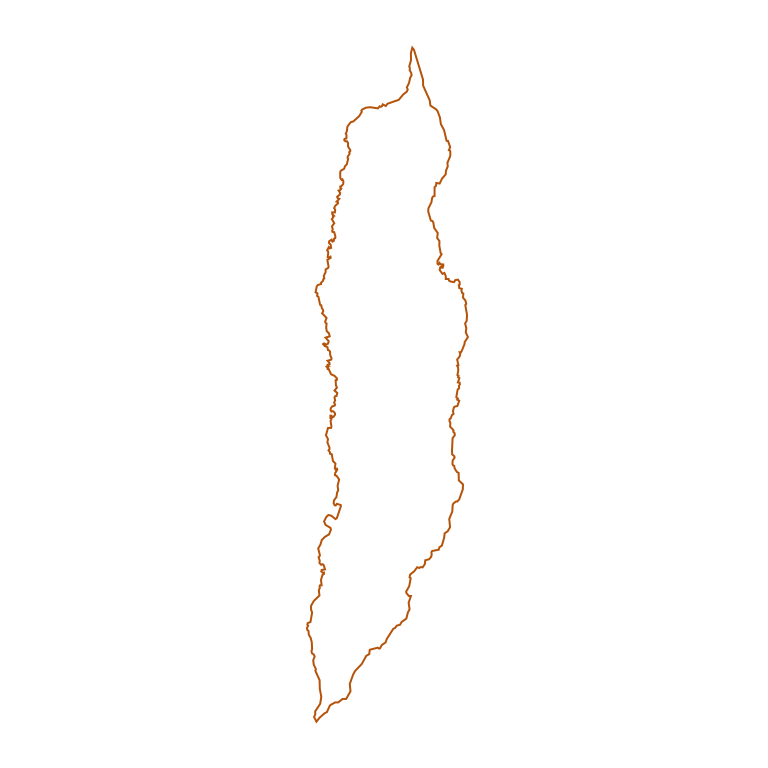 the district of Campos de Júlio, Mato Grosso, Brazil, rotated 178°
{"feature_id": "56859067B17254168333074", "entity_name": "Campos de Júlio", "entity_type": "district", "adm_level": 2, "iso_a3": "BRA", "parent_name": "Brazil", "parent_adm1": "Mato Grosso", "projection": "robinson", "projection_center": [-59.168, -13.576], "detail": "fine", "context": "isolated", "style": "outline", "palette": "amber", "viewbox_px": 768, "rotation_deg": 178, "n_neighbors": 0, "source": "geoboundaries", "source_scale": "gbopen_adm2", "svg_char_len": 6132}
<svg xmlns="http://www.w3.org/2000/svg" viewBox="0 0 768 768"><g transform="rotate(178 384 384)"><path d="M428.5,537.5L427.4,533.2L427.7,531.4L428.8,531.0L429.3,528.6L430.6,528.1L431.3,530.1L433.8,528.6L434.1,526.8L432.5,525.2L432.1,521.9L433.5,521.4L434.4,522.7L436.2,519.5L435.3,518.6L435.1,517.1L435.9,512.8L434.9,512.1L433.1,513.1L432.9,512.0L436.3,510.0L435.3,503.2L435.8,501.9L438.3,500.6L438.5,497.7L440.4,494.2L440.0,491.5L441.0,490.9L441.3,489.3L443.3,487.5L443.4,486.1L446.8,485.2L447.8,483.9L449.2,478.0L447.3,476.9L447.8,474.4L446.5,473.4L445.1,465.4L443.9,464.8L443.6,462.3L442.3,460.0L442.2,458.7L443.4,456.8L439.1,452.0L440.6,448.5L440.3,447.2L439.3,446.5L439.8,442.4L439.4,438.8L437.2,436.6L436.6,433.5L440.8,432.4L437.8,428.8L438.5,426.3L440.5,425.4L442.5,426.7L443.5,426.0L441.9,424.0L439.2,422.8L438.9,420.0L437.4,419.3L436.8,418.0L436.8,414.7L435.5,411.5L435.9,410.2L439.6,409.2L437.7,406.9L437.7,405.7L439.8,405.1L440.0,404.1L439.1,403.7L440.7,403.2L440.0,402.5L439.7,400.1L439.2,402.0L436.6,395.6L433.2,393.9L430.8,391.2L431.0,389.7L432.2,389.5L432.1,384.5L431.2,382.0L433.7,379.2L431.0,376.7L431.9,373.7L433.4,373.4L434.0,372.3L433.4,369.3L434.5,367.2L433.6,365.0L434.2,364.0L436.5,363.5L438.1,361.5L438.3,360.0L437.5,358.3L436.3,358.7L435.1,358.0L434.0,356.4L434.0,355.0L435.6,352.9L437.1,352.9L437.6,354.2L438.6,354.3L438.8,351.9L437.5,351.5L438.7,348.8L438.0,343.4L438.4,342.0L441.5,342.0L443.8,334.8L441.9,330.9L442.6,327.6L440.7,322.4L440.8,320.7L441.8,319.6L440.4,317.7L440.4,316.2L438.7,315.7L437.7,308.8L435.3,306.2L436.1,301.3L435.4,300.3L434.1,301.1L433.7,300.0L435.9,296.7L436.2,294.6L434.4,293.7L432.2,290.1L433.9,284.1L433.5,279.1L434.6,277.4L435.5,272.6L438.0,269.6L438.5,266.8L437.6,264.5L436.5,264.3L435.3,265.9L431.5,264.6L431.3,263.5L435.8,251.6L437.2,250.7L441.4,254.3L444.2,255.0L446.4,253.0L448.7,248.7L447.3,245.2L442.5,242.1L442.1,240.4L444.1,235.7L448.5,233.2L451.6,230.3L453.2,225.6L455.5,222.0L454.2,216.0L454.1,214.6L455.4,213.2L454.4,209.5L454.8,207.4L453.1,205.5L451.7,206.1L450.7,205.3L449.4,200.8L452.8,200.3L453.2,198.8L451.9,197.6L450.6,197.7L450.7,196.1L452.1,195.4L453.8,190.5L453.4,185.0L455.0,185.0L455.5,184.0L455.2,182.7L456.3,180.1L455.9,174.8L461.5,169.9L464.6,165.0L464.8,161.1L463.8,158.2L465.8,148.7L468.6,147.7L469.0,146.0L468.2,145.2L469.5,142.8L469.2,140.9L468.1,139.9L467.9,136.1L466.1,132.7L465.2,128.4L465.1,121.7L465.8,119.4L465.4,117.4L463.7,116.2L462.8,114.1L464.4,110.4L464.0,106.0L462.0,101.4L462.6,99.7L458.7,90.3L458.8,81.7L457.6,73.5L458.9,66.7L464.2,59.2L464.2,56.3L465.5,53.7L463.3,48.9L460.0,52.8L454.9,57.0L452.5,58.1L449.3,64.6L448.1,65.4L443.9,67.5L440.9,67.4L436.3,70.7L432.8,70.6L428.2,78.1L428.7,85.4L425.1,94.4L423.1,98.0L415.9,105.1L411.2,113.0L408.2,114.5L407.5,118.9L399.5,120.7L398.1,119.7L397.2,120.0L395.3,123.2L391.5,125.6L390.1,129.1L383.3,139.0L381.2,140.0L379.8,142.0L376.3,142.9L374.7,145.6L369.9,148.7L368.1,154.8L366.3,157.9L367.0,164.6L364.5,171.2L366.6,171.3L368.9,174.3L369.1,175.8L365.9,180.9L364.1,188.9L365.2,189.9L364.5,192.7L360.3,195.8L357.2,199.7L355.1,198.9L353.8,199.8L351.8,199.4L349.5,202.5L348.9,206.4L345.0,207.3L343.0,209.5L342.3,211.6L342.5,214.2L341.7,215.4L335.1,216.5L334.3,218.9L331.8,220.5L329.3,228.1L328.6,232.6L325.4,234.7L323.0,238.6L323.5,246.9L320.2,254.2L319.6,260.7L318.8,262.2L316.1,264.1L314.9,264.0L312.9,266.0L308.9,276.0L308.6,281.0L312.6,285.0L312.5,292.6L314.2,293.5L316.3,297.1L316.7,299.7L317.8,300.3L318.4,301.7L318.0,305.3L316.0,307.9L316.2,309.3L318.3,311.3L318.4,314.7L317.3,327.6L315.1,330.2L315.1,332.3L316.4,333.8L316.1,335.0L316.9,336.3L319.4,339.0L319.1,343.2L319.9,344.7L319.7,346.6L318.6,347.2L317.2,350.6L315.6,351.6L316.0,354.4L315.1,357.8L314.4,358.8L311.4,359.5L309.4,364.7L311.4,365.8L310.7,366.9L312.2,368.3L310.6,375.9L309.1,377.0L309.1,379.7L308.2,380.9L308.3,382.6L310.1,383.0L308.5,387.2L309.8,388.3L309.2,389.5L310.3,390.3L309.3,395.0L309.4,397.8L310.3,399.8L309.0,400.0L310.0,405.9L307.4,408.9L306.7,411.6L307.3,413.1L306.0,413.1L305.3,414.0L302.0,421.4L302.0,422.9L298.5,428.0L300.5,432.8L299.8,436.7L300.8,441.7L299.2,444.2L298.6,450.1L300.0,460.1L299.0,461.2L299.7,464.5L302.0,467.5L301.6,471.7L302.7,472.2L303.4,474.5L302.9,476.4L305.4,477.2L305.8,480.2L304.9,480.7L304.8,483.1L306.4,485.7L309.1,485.4L310.4,483.4L313.9,484.1L315.4,485.0L315.8,486.7L318.6,486.8L318.5,489.8L319.8,492.9L321.7,492.0L324.4,496.0L323.5,499.1L322.5,499.4L322.5,498.3L321.3,498.2L320.6,500.0L320.6,501.4L323.6,501.8L324.3,503.1L325.5,501.5L326.3,502.2L326.3,505.0L321.9,511.7L322.8,512.8L323.9,520.5L323.6,524.8L325.8,528.2L325.0,533.0L328.4,538.2L329.1,543.8L329.9,545.2L331.5,545.7L333.8,554.9L333.5,557.9L330.2,564.1L329.5,568.0L328.6,569.6L326.9,570.1L326.6,578.9L325.1,580.3L324.7,583.1L321.4,582.4L318.8,587.3L315.0,591.4L314.6,595.0L312.7,599.2L312.9,602.8L309.8,609.6L309.6,613.8L309.9,614.9L311.0,615.4L309.6,618.4L311.5,624.6L313.0,624.9L315.1,635.6L318.1,641.7L318.8,648.4L320.9,654.7L322.3,656.7L327.9,660.6L328.4,665.9L334.5,680.9L334.4,686.9L342.4,717.0L344.0,719.1L345.6,713.6L345.7,706.7L347.7,700.5L347.1,698.8L347.4,696.8L345.9,693.8L345.7,691.5L347.2,689.0L348.5,683.9L350.8,679.7L350.0,677.4L351.1,675.3L354.9,672.5L359.3,667.5L370.7,664.0L372.5,661.8L375.5,663.5L376.4,661.6L377.5,661.1L378.5,661.7L380.5,659.7L388.2,661.1L392.4,660.8L396.5,658.9L397.1,657.9L396.7,656.8L399.4,652.6L405.5,647.5L408.1,646.8L411.5,642.7L412.4,637.6L413.5,635.6L412.8,634.3L413.0,630.8L414.9,630.3L415.2,629.1L414.1,627.9L412.5,627.9L411.5,626.1L411.7,622.7L409.5,618.8L409.7,617.6L410.7,616.9L410.3,615.3L412.2,612.7L412.5,611.2L411.9,610.4L413.5,604.8L415.4,603.0L416.3,600.5L419.8,598.6L420.4,596.9L420.5,591.4L419.3,589.5L418.4,590.0L417.5,588.0L417.8,585.3L419.7,583.1L420.8,582.9L420.8,581.4L419.9,580.8L421.0,579.3L422.6,578.9L421.1,576.3L421.5,574.9L424.3,572.8L423.9,571.5L422.2,570.6L425.0,567.9L423.8,567.5L423.6,566.2L426.5,563.8L427.7,561.5L426.7,559.9L427.1,557.2L429.8,557.3L429.8,555.7L428.1,553.8L429.2,553.4L428.9,552.4L430.4,550.6L428.1,546.4L430.5,543.4L429.8,540.3L430.4,539.2L430.3,537.9L428.5,537.5Z" fill="none" stroke="#b45309" stroke-width="2"/></g></svg>